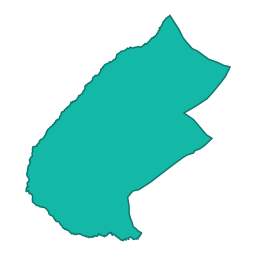 outline of West Ambae, Penama, Vanuatu
{"feature_id": "77236927B38715927177991", "entity_name": "West Ambae", "entity_type": "district", "adm_level": 2, "iso_a3": "VUT", "parent_name": "Vanuatu", "parent_adm1": "Penama", "projection": "equal_earth", "projection_center": [167.719, -15.408], "detail": "fine", "context": "isolated", "style": "filled", "palette": "teal", "viewbox_px": 256, "rotation_deg": 0, "n_neighbors": 0, "source": "geoboundaries", "source_scale": "gbopen_adm2", "svg_char_len": 5682}
<svg xmlns="http://www.w3.org/2000/svg" viewBox="0 0 256 256"><path d="M169.9,15.4L169.0,16.3L168.6,16.9L168.2,17.1L167.8,17.0L167.3,17.6L166.1,18.3L162.9,22.4L162.8,23.3L161.9,25.2L161.8,25.8L161.5,25.8L160.8,26.8L160.5,27.0L160.1,27.6L159.3,27.9L159.4,28.5L160.0,29.1L160.0,29.3L158.9,30.4L158.3,31.4L157.9,32.6L156.9,33.7L156.5,35.0L155.6,35.6L155.1,36.2L154.9,36.8L154.5,36.6L153.8,37.0L153.2,37.8L152.7,37.6L152.3,37.8L152.1,38.3L151.7,38.7L151.4,38.5L149.7,40.6L149.5,41.2L148.3,42.0L146.7,44.1L146.0,44.0L145.8,43.7L145.2,43.5L143.4,45.3L141.9,46.6L140.8,47.2L140.3,47.2L138.7,46.6L136.6,47.0L135.8,47.4L135.0,47.2L133.6,47.9L132.9,48.1L131.9,47.9L131.7,47.6L130.8,47.3L129.9,47.4L129.7,47.5L129.2,48.6L128.3,48.7L127.8,48.5L127.6,48.2L127.1,48.4L126.8,49.0L125.8,49.8L123.8,50.9L123.3,51.0L122.3,51.0L120.9,51.4L120.5,51.8L119.5,53.0L117.9,53.7L116.9,54.6L116.7,55.0L116.3,57.1L116.1,57.3L116.0,58.1L115.5,58.7L115.4,59.2L115.2,59.4L114.7,59.6L113.9,59.6L113.3,60.0L112.5,61.4L111.9,61.4L110.3,62.2L110.0,62.1L110.0,61.9L109.9,61.8L109.1,62.3L108.9,62.9L108.2,63.3L106.0,64.1L104.5,65.1L103.5,66.5L102.9,66.8L102.7,67.3L102.7,67.9L102.0,68.5L100.9,69.1L100.7,69.8L100.8,70.8L100.6,71.4L99.6,72.7L99.3,73.8L99.0,74.1L98.2,74.5L98.1,74.9L97.3,75.2L97.0,75.5L96.5,75.7L95.5,75.4L94.8,76.1L94.3,76.3L93.1,77.5L92.8,78.0L92.3,80.0L92.0,80.6L90.4,82.1L90.0,82.8L89.4,83.0L88.9,82.9L88.3,83.5L87.8,83.6L86.3,85.4L86.2,85.5L86.0,85.1L85.9,85.1L85.7,85.6L85.2,85.8L84.9,86.6L85.1,88.1L84.3,90.1L83.3,90.9L82.4,93.2L79.8,95.6L78.8,95.5L78.5,96.8L77.3,98.5L76.5,100.2L76.1,100.2L75.3,100.9L75.1,100.6L74.7,100.7L74.5,101.6L73.7,101.6L73.0,101.3L72.7,101.6L72.0,102.9L71.8,103.0L71.5,103.0L71.3,102.3L71.1,102.2L70.9,102.5L70.8,103.3L70.2,104.2L69.7,105.7L68.0,106.7L67.6,107.0L67.4,107.6L66.9,107.7L66.4,108.3L65.4,109.3L64.4,109.9L64.2,110.9L63.9,111.5L61.8,112.0L61.6,112.8L61.1,113.2L61.0,113.5L61.4,114.6L61.3,115.0L60.4,115.7L60.0,116.2L59.7,116.7L59.6,118.0L59.2,118.9L58.6,119.4L58.2,119.2L57.7,119.3L57.2,120.3L56.4,120.1L56.0,120.5L55.5,122.5L55.1,122.6L54.6,122.5L54.3,122.8L54.3,124.0L54.2,124.3L53.5,124.7L52.9,124.6L52.0,126.0L50.6,127.0L50.1,127.3L49.2,128.6L47.9,129.5L47.1,130.9L46.4,131.9L46.3,133.1L46.1,133.5L45.7,133.8L45.6,134.8L45.3,135.4L44.2,136.6L43.6,137.7L43.2,138.4L40.9,139.5L40.0,140.3L39.5,141.1L38.9,143.1L38.3,143.4L37.0,144.8L36.9,145.3L37.1,146.1L36.9,146.2L36.2,146.0L35.8,146.2L35.4,146.7L35.1,146.7L34.4,146.5L33.6,146.8L33.0,146.8L32.9,147.0L32.6,147.8L32.4,150.2L32.5,150.6L32.9,151.5L32.8,151.8L32.3,152.2L32.1,153.0L32.1,153.9L32.4,155.6L32.2,156.3L31.8,156.5L30.5,157.8L30.0,159.3L29.8,159.3L29.5,159.6L29.5,159.8L29.8,160.4L29.5,160.9L29.6,161.3L29.8,161.8L30.3,162.2L30.4,162.8L30.0,163.2L29.8,163.7L29.5,164.0L29.0,165.3L28.4,165.7L28.0,166.7L28.0,167.5L28.3,168.1L27.8,168.6L27.5,169.3L27.6,171.2L26.8,173.6L26.9,175.0L27.1,175.8L27.4,176.4L28.9,178.5L29.0,178.8L29.1,180.0L28.9,181.0L28.7,181.6L27.6,182.3L27.3,182.6L27.2,183.3L27.5,185.6L28.0,186.3L28.2,187.1L27.8,187.4L27.2,187.1L26.8,187.2L26.3,188.7L26.3,190.1L26.0,190.8L26.2,191.3L26.8,191.5L27.4,191.2L27.8,190.8L28.5,190.8L28.5,191.1L28.9,192.1L29.0,193.0L29.4,193.8L29.8,193.8L30.4,193.5L31.1,193.5L31.6,194.2L32.5,196.1L32.6,196.8L32.6,197.9L32.3,199.6L32.6,200.3L32.4,201.4L32.8,202.1L35.7,204.4L36.3,205.4L39.0,205.8L39.9,206.8L41.0,206.7L41.4,207.1L44.2,207.3L45.2,208.1L45.9,208.3L46.2,208.6L46.7,209.3L47.4,210.2L48.0,210.7L48.2,211.5L48.7,212.1L48.9,213.4L49.1,214.0L50.2,215.1L51.4,215.4L53.1,216.5L53.7,217.5L53.8,218.1L54.5,218.9L54.6,219.3L55.3,219.8L55.4,220.4L56.1,221.4L56.5,221.5L57.0,221.2L57.7,221.7L58.2,221.5L58.7,221.7L59.2,222.2L60.7,225.0L61.6,225.4L62.2,225.9L62.5,227.1L63.4,228.2L63.7,228.3L64.9,229.3L65.2,229.3L65.9,228.9L66.5,229.8L68.4,230.4L69.2,231.4L69.7,231.8L70.3,232.6L70.9,233.0L71.8,233.8L72.9,233.3L73.2,233.5L73.7,234.2L74.5,234.2L75.2,234.1L75.8,234.5L76.6,234.5L77.2,233.9L78.5,233.9L79.3,234.1L79.9,233.7L80.6,234.1L81.1,234.6L81.8,234.7L82.5,235.4L83.9,235.6L84.4,236.0L85.0,236.1L85.4,235.8L85.8,235.9L86.7,236.9L87.6,236.6L88.9,237.5L89.8,236.9L90.9,237.3L91.4,237.1L91.9,236.6L92.2,236.7L92.8,237.2L93.2,237.1L93.4,237.0L94.2,235.8L94.4,235.7L95.0,236.0L95.5,235.7L96.2,236.2L96.9,236.2L97.6,235.8L98.2,235.2L98.5,233.9L99.4,234.6L99.8,234.3L100.8,235.2L101.3,235.3L101.7,235.6L103.6,235.8L104.1,236.5L104.4,236.6L104.8,236.0L105.0,236.2L105.5,236.0L106.0,235.9L106.3,235.3L106.8,235.3L107.2,235.0L109.1,232.8L110.3,233.2L110.5,232.6L111.2,232.4L111.8,233.1L111.9,233.4L111.7,234.3L112.4,235.2L112.8,235.2L113.6,234.3L114.8,234.6L115.1,234.9L115.5,235.8L115.8,236.1L116.6,236.2L117.4,237.3L117.8,237.6L118.2,237.5L119.6,238.8L120.8,239.8L122.2,240.4L122.4,240.3L123.1,240.6L123.4,240.3L123.6,239.5L123.9,239.3L125.2,239.7L125.4,239.3L126.0,239.8L126.4,238.9L127.0,238.5L127.5,238.4L128.0,239.0L128.6,239.3L128.7,239.1L128.8,238.1L129.0,237.8L130.4,237.1L131.7,237.4L132.7,238.9L133.9,239.4L134.8,239.1L135.6,238.7L136.2,239.0L136.6,239.0L137.0,238.4L137.2,238.2L137.9,238.8L138.0,238.4L138.0,237.8L138.1,237.4L138.4,237.1L138.7,237.0L139.5,236.9L139.6,235.7L139.8,235.4L140.3,235.2L140.7,234.2L141.2,233.9L141.4,233.4L141.5,232.8L137.9,230.8L135.6,228.4L133.1,226.6L132.2,222.8L130.5,218.4L129.2,213.8L129.0,205.6L127.6,197.2L132.8,191.0L138.7,189.7L150.4,182.2L170.9,166.4L182.6,157.7L187.4,154.8L193.2,153.1L195.2,150.5L199.7,148.9L204.9,145.2L212.0,138.3L206.6,135.0L193.4,119.5L183.9,113.0L196.0,106.0L206.9,98.8L212.5,92.7L221.3,81.9L225.7,75.9L230.0,67.0L227.9,66.3L223.9,65.5L217.0,62.2L208.7,59.3L197.7,51.2L192.2,48.6L186.3,41.9L182.9,37.6L179.3,30.1L169.9,15.4Z" fill="#14b8a6" stroke="#0f766e" stroke-width="1.5"/></svg>